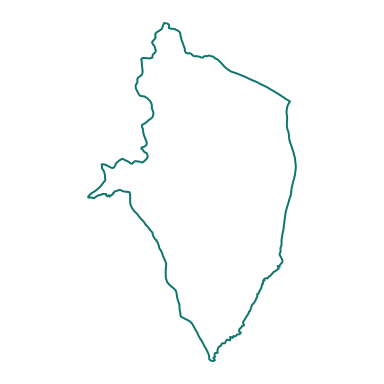 the district of Preah Sdach, Prey Vêng, Cambodia
{"feature_id": "14789045B92288300467982", "entity_name": "Preah Sdach", "entity_type": "district", "adm_level": 2, "iso_a3": "KHM", "parent_name": "Cambodia", "parent_adm1": "Prey Vêng", "projection": "mercator", "projection_center": [105.359, 11.079], "detail": "fine", "context": "isolated", "style": "outline", "palette": "teal", "viewbox_px": 384, "rotation_deg": 0, "n_neighbors": 0, "source": "geoboundaries", "source_scale": "gbopen_adm2", "svg_char_len": 5985}
<svg xmlns="http://www.w3.org/2000/svg" viewBox="0 0 384 384"><path d="M164.2,23.0L162.8,25.9L162.7,26.6L161.6,29.1L159.1,30.9L156.9,32.1L155.6,33.4L155.1,34.9L155.7,37.2L154.4,39.4L153.1,40.7L152.1,42.2L152.8,44.2L154.4,46.0L154.8,47.3L155.9,50.9L155.3,52.1L154.4,53.2L152.8,54.6L152.5,56.2L152.3,57.6L149.4,58.5L145.7,58.0L142.5,58.0L141.2,59.3L141.7,60.8L141.7,62.0L141.9,64.6L142.2,67.9L142.6,70.6L142.5,72.8L141.8,74.7L140.1,76.3L138.3,77.4L137.3,79.0L137.4,80.7L137.4,82.6L136.0,84.6L135.6,86.2L135.9,88.6L136.9,90.5L137.8,92.3L139.1,94.6L139.5,95.1L140.7,96.0L141.5,96.0L143.0,96.3L144.2,96.4L145.5,97.1L147.0,98.0L148.2,99.1L149.7,100.6L150.9,102.3L151.6,104.0L151.9,105.7L151.8,108.0L152.3,109.5L153.3,112.0L153.4,113.6L153.0,115.7L152.2,117.5L151.1,118.5L149.6,119.6L148.5,120.2L147.2,121.6L145.7,122.8L144.5,123.6L143.0,124.4L142.0,125.0L141.8,126.0L142.2,127.5L142.8,128.7L143.1,130.4L143.2,132.1L143.7,134.3L144.3,136.3L144.8,137.4L145.5,139.4L146.4,141.2L146.8,143.2L146.4,145.0L145.2,146.1L143.6,146.9L141.7,147.5L141.4,148.5L142.2,149.1L143.8,151.3L144.4,152.0L145.4,152.4L146.6,153.0L147.3,154.9L147.7,156.1L147.7,156.9L147.1,158.0L146.3,159.2L143.3,162.0L141.9,162.5L139.5,161.7L135.4,161.1L134.6,161.4L133.4,162.4L132.1,163.7L130.5,163.4L128.3,161.6L125.8,160.5L122.6,158.8L121.0,159.4L119.0,160.7L117.5,162.0L115.7,163.8L115.3,165.4L114.0,167.5L112.3,168.0L110.7,167.5L107.6,165.8L105.2,164.7L103.4,164.2L102.5,164.5L101.7,164.6L102.0,165.6L101.9,166.1L102.0,167.1L101.9,167.9L102.1,168.6L103.4,170.2L104.0,171.7L104.6,173.5L104.9,175.0L105.1,178.3L105.3,179.4L105.2,180.4L103.4,182.6L102.2,184.2L100.2,186.7L96.0,190.4L93.5,192.1L91.5,193.3L89.9,194.6L88.3,196.5L88.2,197.2L88.5,197.6L89.6,197.4L91.9,197.6L92.7,198.1L94.1,198.2L94.9,197.5L96.7,196.3L98.4,195.3L100.0,195.0L101.4,194.6L102.4,194.0L103.6,193.9L105.1,194.1L106.2,194.1L106.4,195.7L107.4,196.2L108.8,195.4L109.5,196.5L110.2,196.1L111.6,194.8L112.8,194.4L113.4,193.5L113.3,192.9L114.1,192.3L114.6,191.5L117.1,190.8L118.3,190.3L119.5,189.9L120.5,190.1L123.0,191.2L125.3,191.7L126.9,191.8L129.0,192.1L129.7,192.4L130.1,194.5L130.2,198.0L130.1,201.6L130.5,204.6L132.0,208.0L134.1,211.0L137.1,213.9L139.8,217.5L142.5,220.4L143.6,221.5L144.4,222.7L145.5,224.5L147.4,226.4L148.8,228.1L150.4,230.3L151.6,231.6L152.4,232.6L152.7,233.6L152.8,234.9L153.6,236.7L154.7,238.7L155.6,239.6L156.5,240.3L156.4,241.0L157.2,241.6L157.6,242.3L158.0,243.2L158.4,244.6L159.0,246.5L159.2,247.9L159.9,249.1L160.7,250.1L162.3,253.5L162.9,255.9L163.6,257.1L164.3,258.8L166.2,263.5L166.1,265.5L165.7,270.4L165.7,273.7L165.9,278.1L167.2,282.1L169.1,284.4L171.3,286.5L173.9,288.5L175.7,290.5L176.6,293.2L176.9,296.1L177.5,299.0L178.5,302.0L179.4,304.2L179.4,306.1L179.6,309.4L180.1,312.0L180.4,313.8L180.6,315.8L180.9,316.6L182.7,317.6L186.2,319.4L189.0,320.8L190.2,321.7L191.6,323.0L192.8,324.8L195.5,329.8L197.1,332.4L198.2,335.0L199.9,338.2L201.7,340.9L204.1,345.5L206.6,349.9L207.7,352.1L208.7,354.5L209.1,356.2L209.2,357.8L209.2,358.4L209.3,359.3L210.1,360.0L210.7,360.5L212.8,361.0L214.2,360.7L214.8,360.2L214.6,359.3L213.6,358.4L213.5,357.7L214.5,357.2L215.0,356.6L214.7,355.9L214.5,354.4L215.1,353.1L216.1,352.9L217.0,353.0L217.7,352.6L217.4,351.5L217.5,350.2L218.0,348.5L218.8,346.9L219.6,346.4L220.6,346.0L221.0,345.2L221.5,344.3L222.2,343.4L223.1,343.2L224.3,343.4L225.2,342.9L225.7,341.4L226.6,340.0L227.5,339.7L228.6,340.1L230.0,340.3L230.4,339.1L230.1,337.2L230.8,337.0L231.8,337.4L232.5,337.8L232.9,337.4L233.2,336.3L233.6,336.1L234.9,336.3L235.7,336.1L236.7,334.8L237.8,334.4L239.1,334.3L240.1,333.7L240.6,333.2L240.7,332.6L239.9,332.1L239.1,331.5L239.2,330.0L239.5,329.0L241.3,327.4L242.0,326.1L243.9,325.4L244.0,324.9L243.5,324.2L243.1,323.1L243.1,322.2L243.5,321.3L244.0,320.6L244.8,319.4L245.4,318.3L247.3,315.4L248.1,313.9L248.8,313.1L248.9,311.8L249.7,311.3L250.0,310.8L250.3,310.0L250.9,308.4L251.6,306.0L252.4,304.5L253.9,303.0L255.2,301.1L256.3,298.4L256.9,297.6L257.3,296.5L257.3,295.6L257.2,294.7L257.4,294.0L258.6,293.5L259.0,292.2L259.7,290.7L260.7,289.1L261.2,288.2L261.3,287.4L261.7,286.2L262.1,284.6L262.9,284.0L262.6,283.0L263.3,282.0L263.2,281.3L263.4,280.5L264.3,280.4L264.0,279.4L264.9,278.6L266.5,278.1L267.5,278.4L267.8,277.8L268.2,277.4L269.0,276.5L270.6,275.6L271.5,274.3L272.5,273.6L272.9,272.6L274.6,271.4L275.7,270.7L276.7,270.3L277.4,269.5L278.6,268.7L277.8,266.1L278.5,266.1L279.5,266.5L279.5,265.7L280.4,264.4L281.9,262.7L282.5,261.3L282.3,260.0L281.2,257.6L279.8,255.1L279.6,253.7L280.4,252.4L280.6,251.0L280.4,249.2L280.6,247.6L281.3,245.8L281.6,244.1L281.5,241.8L281.6,239.6L282.5,233.8L283.5,229.6L283.9,225.1L284.5,221.0L285.0,216.7L285.6,212.7L286.4,209.4L287.4,206.0L288.3,203.2L289.3,199.5L290.2,197.0L290.9,194.6L291.5,188.9L292.1,186.1L293.0,182.3L294.0,178.8L294.9,175.1L295.8,168.2L295.7,164.7L295.2,160.6L295.0,159.3L295.2,158.6L294.3,155.8L293.5,152.3L291.3,145.7L289.7,141.4L289.1,138.1L288.9,134.7L288.5,132.2L287.5,129.5L286.9,127.0L286.9,122.3L287.1,120.6L287.1,117.2L287.0,115.3L286.6,113.6L286.5,111.7L286.9,109.0L287.6,105.5L289.1,102.9L289.9,101.5L287.9,100.1L286.3,99.3L284.7,98.2L282.6,96.7L279.0,94.4L272.5,90.4L270.9,89.6L268.9,88.3L264.9,86.1L260.2,84.0L257.7,82.5L255.3,81.4L253.2,80.6L248.7,78.6L246.4,77.4L236.9,73.5L233.3,72.3L231.5,71.7L230.7,71.3L228.1,69.7L226.2,68.2L224.7,66.9L220.5,62.2L219.3,61.2L217.4,59.3L216.2,58.9L214.9,58.2L213.3,56.8L212.3,56.4L211.3,56.3L210.1,55.8L209.1,55.5L207.2,56.2L206.4,56.1L205.2,56.1L204.0,56.4L202.9,57.6L201.2,57.4L200.4,57.1L198.8,56.6L197.7,56.3L196.0,56.2L195.1,56.2L194.0,56.2L193.0,55.6L192.0,54.6L191.1,53.9L189.8,53.1L187.6,53.5L186.0,52.9L184.9,51.0L184.7,48.2L184.0,46.7L183.3,44.6L182.6,42.5L181.7,40.5L181.4,39.4L181.1,37.3L180.6,36.1L180.3,33.9L180.0,32.4L178.2,30.9L177.2,30.2L176.3,30.1L174.9,29.1L173.6,28.8L172.5,28.9L171.1,28.7L169.9,28.3L169.2,28.3L168.9,27.7L169.1,26.7L169.1,25.8L168.9,24.9L168.2,24.0L166.9,23.4L164.9,23.2L164.2,23.0Z" fill="none" stroke="#0f766e" stroke-width="2"/></svg>